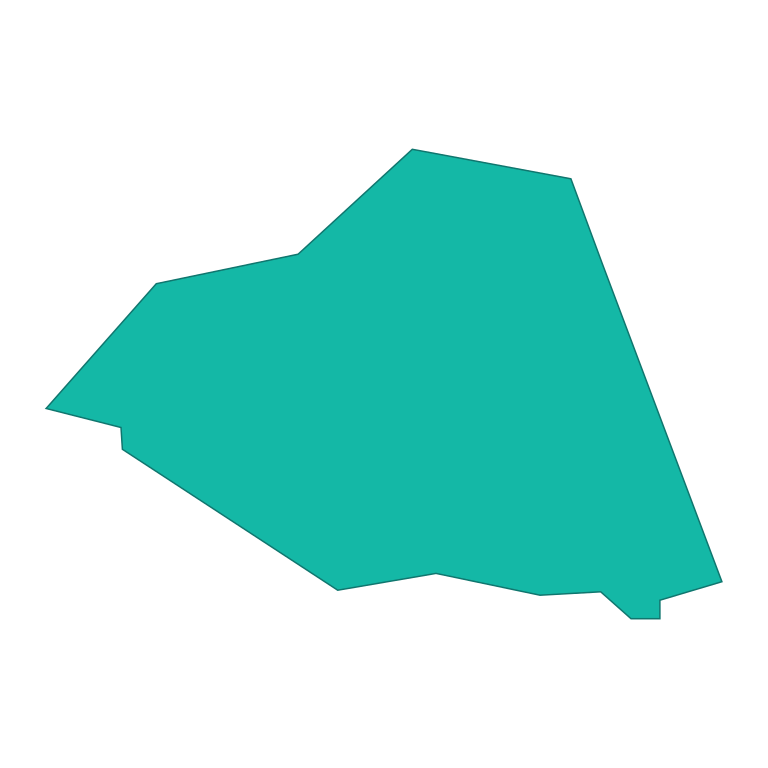 outline of Rumbek North, Lakes, South Sudan
{"feature_id": "79223893B34085221347990", "entity_name": "Rumbek North", "entity_type": "district", "adm_level": 2, "iso_a3": "SSD", "parent_name": "South Sudan", "parent_adm1": "Lakes", "projection": "natural_earth1", "projection_center": [29.719, 7.541], "detail": "fine", "context": "isolated", "style": "filled", "palette": "teal", "viewbox_px": 768, "rotation_deg": 0, "n_neighbors": 0, "source": "geoboundaries", "source_scale": "gbopen_adm2", "svg_char_len": 335}
<svg xmlns="http://www.w3.org/2000/svg" viewBox="0 0 768 768"><path d="M337.7,590.2L436.0,573.4L540.0,595.2L600.7,591.8L631.0,618.7L659.9,618.7L659.9,600.2L721.9,581.7L602.0,262.9L570.9,178.8L412.3,149.3L298.1,254.2L156.3,283.7L46.1,408.5L121.0,427.5L122.4,449.3L337.7,590.2Z" fill="#14b8a6" stroke="#0f766e" stroke-width="1.5"/></svg>